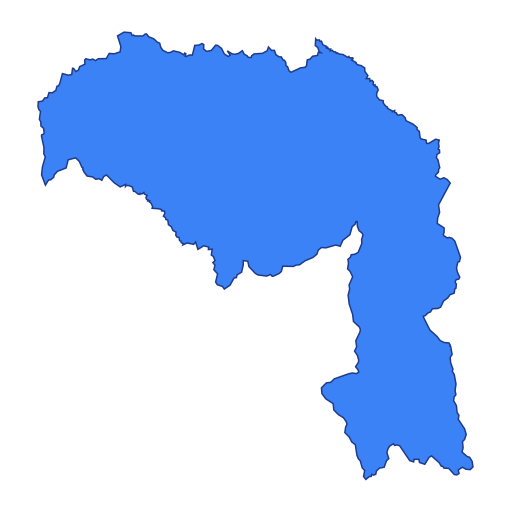 the district of Sam Ngao, Tak, Thailand, rotated 181°
{"feature_id": "78962969B22995817485860", "entity_name": "Sam Ngao", "entity_type": "district", "adm_level": 2, "iso_a3": "THA", "parent_name": "Thailand", "parent_adm1": "Tak", "projection": "mercator", "projection_center": [98.845, 17.483], "detail": "fine", "context": "isolated", "style": "filled", "palette": "blue", "viewbox_px": 512, "rotation_deg": 181, "n_neighbors": 0, "source": "geoboundaries", "source_scale": "gbopen_adm2", "svg_char_len": 5991}
<svg xmlns="http://www.w3.org/2000/svg" viewBox="0 0 512 512"><g transform="rotate(181 256 256)"><path d="M467.8,323.2L464.7,328.4L462.6,328.6L459.6,331.2L459.2,333.5L456.0,337.2L447.4,340.7L445.5,348.9L438.0,351.0L434.2,347.3L431.7,341.8L430.5,341.0L430.8,339.7L429.2,336.6L426.3,333.0L420.7,332.2L417.5,329.9L414.2,330.6L411.5,329.0L409.7,332.8L406.9,334.4L399.1,326.8L393.0,322.7L387.7,325.3L387.7,323.3L387.0,324.3L384.1,324.1L380.9,322.8L379.6,318.5L378.2,318.5L375.1,315.9L373.2,315.5L373.0,316.5L371.2,316.1L369.2,317.5L368.8,316.1L365.9,314.7L367.1,312.5L366.3,310.6L364.9,310.2L365.2,309.2L363.3,309.3L363.7,308.3L361.8,307.0L360.2,303.4L360.7,301.9L354.0,301.5L351.3,300.8L351.2,299.4L348.3,299.3L348.0,296.7L349.3,294.2L347.2,292.8L346.7,290.9L344.8,290.3L344.1,285.8L341.1,283.7L339.5,280.1L336.4,278.5L336.5,275.2L335.4,273.6L333.3,273.2L332.7,270.1L331.4,269.6L331.0,268.0L328.8,267.1L329.3,265.8L325.2,267.8L318.5,266.6L316.6,268.9L314.2,261.6L308.4,265.3L303.5,264.1L303.7,261.6L299.9,262.1L300.7,256.1L298.7,254.9L296.9,250.6L299.0,248.7L296.9,246.1L297.9,241.5L294.1,237.5L295.9,229.3L294.2,226.6L289.0,225.0L287.1,222.4L281.4,226.4L277.6,233.6L275.2,234.1L274.6,236.8L270.1,239.6L268.6,246.9L268.7,251.2L264.1,250.6L262.9,245.3L256.4,238.6L253.7,237.1L245.1,236.1L241.2,237.8L239.5,236.0L238.2,236.2L232.6,238.9L230.4,240.9L229.1,246.3L218.3,246.2L215.9,247.6L212.2,248.0L207.0,252.0L199.1,255.5L195.2,258.8L193.9,262.9L190.8,265.6L186.2,265.4L176.4,268.4L172.0,267.2L169.4,273.3L162.5,278.9L160.4,286.9L157.4,289.6L156.7,292.1L155.4,292.2L155.2,287.6L153.4,283.2L150.3,280.7L149.4,278.8L150.7,274.3L150.4,270.4L153.9,261.4L156.9,259.6L160.8,258.9L161.7,256.3L164.0,254.3L163.4,250.3L164.2,244.7L161.6,242.2L159.0,236.9L162.4,228.7L161.8,224.3L163.2,218.6L162.0,209.7L158.4,199.4L157.4,192.2L151.5,186.9L150.4,184.5L150.7,181.9L154.7,173.1L153.8,166.8L155.8,162.6L152.9,158.4L151.6,154.0L151.6,151.8L154.5,147.0L152.0,144.0L151.2,141.7L153.5,140.2L157.8,140.7L161.1,139.9L175.5,134.6L179.1,131.0L183.4,130.4L188.3,125.3L187.7,119.6L183.8,114.5L176.3,109.7L175.5,103.4L170.9,98.9L165.7,95.8L162.8,91.8L162.1,89.4L163.4,86.5L164.1,81.0L159.6,76.6L157.0,71.7L153.4,69.1L151.6,58.5L150.0,54.8L148.2,53.1L146.1,46.0L143.6,43.6L144.6,37.4L142.3,34.5L138.9,37.4L136.9,37.7L136.4,39.7L134.6,39.0L132.5,39.8L131.8,43.3L128.7,46.1L124.2,47.0L121.9,53.6L119.7,55.7L121.7,61.8L120.7,65.6L119.0,68.3L115.3,70.7L114.1,69.0L111.8,69.6L109.0,68.7L98.7,54.1L94.8,52.9L94.5,55.4L89.6,55.6L88.9,52.4L83.6,50.7L79.3,57.9L77.0,59.2L69.3,52.6L67.1,49.1L65.6,49.0L64.4,47.2L59.5,47.0L53.9,40.9L51.3,40.7L49.2,42.0L50.0,45.7L45.9,48.4L42.4,46.5L38.1,46.1L35.4,48.9L36.3,54.4L38.9,58.5L41.3,59.1L46.5,63.5L45.6,67.9L46.3,74.0L44.3,76.2L42.7,81.2L44.4,86.8L50.9,96.2L50.3,100.3L52.2,103.0L53.0,109.9L55.9,114.8L55.5,118.4L53.7,120.8L54.6,125.0L53.8,131.5L55.7,140.9L57.7,144.2L57.1,146.3L59.5,152.6L60.1,158.1L58.2,161.0L59.8,169.0L60.7,169.3L60.3,170.5L61.5,172.4L66.5,172.8L70.3,174.6L73.5,178.6L80.9,185.1L87.6,198.0L87.5,198.9L85.9,199.2L83.0,202.1L80.5,203.2L78.8,206.3L73.4,206.7L70.5,208.1L67.6,214.4L63.6,217.4L61.3,220.7L57.2,222.3L56.7,226.4L55.5,227.3L55.2,231.4L56.5,233.5L55.4,235.9L52.9,236.4L51.9,238.3L54.6,243.9L55.3,248.0L54.0,253.5L52.5,254.0L51.5,258.2L57.5,274.4L60.2,277.1L63.2,278.0L65.0,277.4L68.6,279.6L69.2,281.2L68.4,282.5L68.4,287.3L75.3,291.7L75.1,296.8L73.2,302.9L74.4,310.3L63.1,332.3L66.1,335.8L69.5,337.5L73.3,336.0L77.9,338.8L77.8,340.2L75.1,342.9L74.8,346.3L73.8,347.4L75.8,355.3L77.4,357.5L76.7,360.8L74.2,362.4L74.4,365.3L75.7,366.1L74.9,368.5L75.5,372.0L74.8,375.1L78.4,375.9L85.3,371.6L87.4,371.5L88.0,374.9L92.9,375.9L94.0,377.2L94.9,383.4L97.1,385.3L97.2,387.3L101.5,390.7L108.4,393.9L109.3,396.9L112.5,399.9L117.0,399.3L118.1,401.5L119.9,401.9L119.9,403.9L122.2,402.6L122.4,403.5L127.0,405.8L127.1,407.1L129.1,408.2L131.4,411.2L131.6,413.6L135.2,414.2L138.2,417.7L138.1,421.1L136.7,424.2L138.1,427.5L139.8,427.5L140.0,429.3L141.0,428.8L141.9,429.7L141.6,432.1L143.2,433.7L145.0,432.7L145.4,435.4L148.8,435.3L147.3,438.4L150.4,442.5L150.6,445.9L154.2,448.2L157.8,449.0L159.4,450.4L159.3,451.2L163.9,453.7L162.4,454.9L162.7,455.8L165.9,455.8L166.6,457.1L167.7,456.2L172.6,459.0L176.5,459.4L178.3,460.6L179.2,460.0L180.0,461.5L181.9,461.5L183.3,463.0L185.4,462.4L184.9,464.2L187.0,464.2L187.9,465.7L188.2,464.8L189.3,465.2L189.5,467.0L192.8,468.3L194.3,471.9L195.6,471.5L196.3,473.1L199.1,473.0L200.1,474.2L200.4,467.4L197.9,465.6L196.5,461.6L194.9,460.5L197.3,460.7L198.0,457.6L202.9,456.7L205.4,453.8L208.2,453.0L208.8,447.2L210.0,445.6L214.7,444.9L224.2,440.3L226.3,441.9L227.8,445.9L229.4,446.8L229.6,450.0L230.9,452.1L232.5,452.7L234.2,455.5L236.3,455.5L239.6,457.6L241.2,462.0L244.0,461.8L247.2,465.2L248.4,461.4L253.0,458.8L261.4,458.0L263.8,456.2L264.1,454.4L267.3,454.5L268.1,455.8L271.3,457.6L273.2,461.1L277.0,458.3L280.5,457.3L283.5,457.7L288.2,460.6L285.4,456.4L287.2,455.0L291.2,457.4L294.1,463.0L298.0,465.9L300.0,466.1L304.3,460.7L308.9,459.7L312.0,462.1L311.9,466.4L313.7,467.5L316.7,465.9L320.9,465.5L323.1,455.8L325.9,455.8L329.6,454.2L330.4,454.6L329.6,456.9L330.7,457.7L331.9,456.0L335.8,458.3L342.3,459.7L344.9,458.1L347.9,457.7L352.8,460.1L354.9,463.1L356.0,467.1L358.7,468.3L362.0,471.4L367.1,473.3L369.3,476.1L370.7,476.0L373.0,474.0L380.9,473.9L382.4,474.8L383.7,474.3L385.0,477.1L391.9,477.5L398.3,473.7L394.8,463.2L395.4,457.8L401.2,455.7L406.3,456.0L409.1,450.8L417.1,450.5L420.0,448.5L422.6,450.1L425.0,449.2L429.6,450.2L430.7,449.0L430.4,444.8L435.6,442.3L436.7,438.9L439.3,437.3L441.7,440.4L442.7,440.5L443.4,434.2L446.7,433.5L452.7,435.0L455.3,424.7L456.5,422.7L458.0,422.2L459.0,418.1L462.6,415.6L465.8,415.8L467.3,410.7L470.0,410.4L472.2,407.2L476.4,406.4L476.6,401.8L475.8,398.9L474.0,396.8L475.0,388.9L473.5,386.3L473.3,382.2L470.6,380.0L470.0,375.4L470.3,374.3L472.4,373.4L472.6,372.2L469.9,360.8L469.9,354.3L468.4,351.5L471.1,341.3L471.8,333.3L467.8,323.2Z" fill="#3b82f6" stroke="#1e3a8a" stroke-width="1.5"/></g></svg>